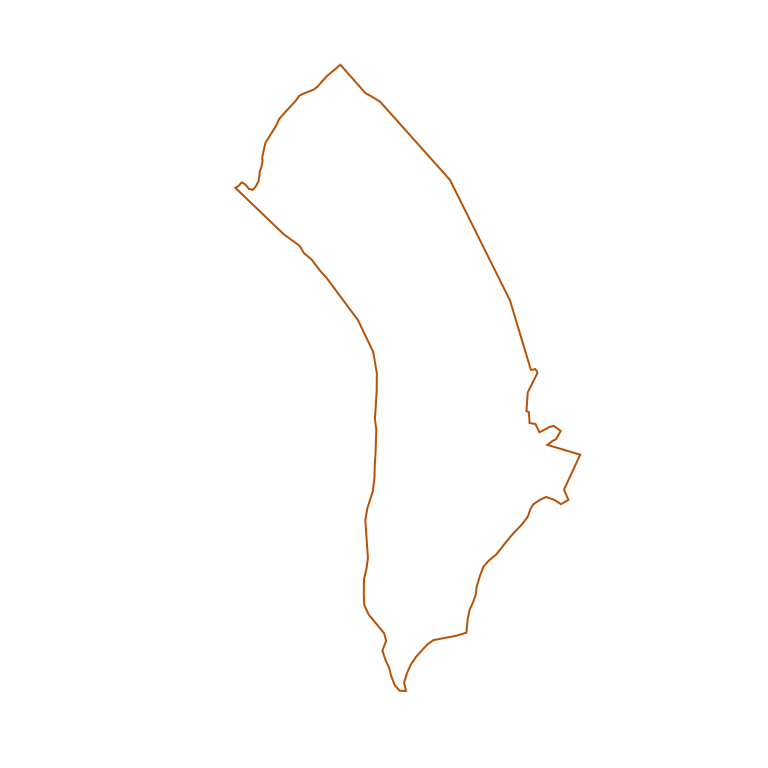 outline of Pontian, Johor, Malaysia, rotated 24°
{"feature_id": "92858781B61162443163986", "entity_name": "Pontian", "entity_type": "district", "adm_level": 2, "iso_a3": "MYS", "parent_name": "Malaysia", "parent_adm1": "Johor", "projection": "orthographic", "projection_center": [103.414, 1.514], "detail": "fine", "context": "isolated", "style": "outline", "palette": "amber", "viewbox_px": 768, "rotation_deg": 24, "n_neighbors": 0, "source": "geoboundaries", "source_scale": "gbopen_adm2", "svg_char_len": 1593}
<svg xmlns="http://www.w3.org/2000/svg" viewBox="0 0 768 768"><g transform="rotate(24 384 384)"><path d="M168.4,265.3L231.9,288.1L250.7,292.1L257.6,297.0L267.5,299.9L280.3,306.9L289.1,310.8L334.5,336.4L361.1,359.1L373.0,376.9L379.9,392.7L385.8,408.4L389.8,419.3L395.7,429.2L404.5,450.9L408.5,461.7L413.4,473.5L417.4,486.4L419.3,504.1L422.3,516.0L440.1,549.5L443.0,559.4L445.0,570.2L450.9,584.0L455.8,593.9L463.7,600.8L473.6,605.7L485.4,611.6L490.4,617.6L491.0,628.3L497.3,635.2L504.3,641.5L509.3,647.8L516.3,654.8L523.2,657.9L528.9,655.4L523.8,648.5L522.6,639.0L522.6,629.5L524.5,619.4L529.5,604.3L533.3,597.9L539.6,593.5L547.8,587.8L552.2,584.7L560.4,577.7L556.0,564.5L554.1,555.6L554.1,546.2L553.5,539.2L551.0,531.0L549.7,520.3L549.1,510.8L551.6,502.6L556.0,493.8L558.5,483.7L561.7,471.7L564.2,464.1L566.1,459.1L568.0,452.7L569.3,446.4L568.6,438.9L569.3,433.2L573.7,426.2L578.1,421.2L586.9,420.6L594.5,421.8L599.6,414.9L591.4,407.3L592.0,368.8L557.9,373.2L561.1,367.5L563.6,364.4L564.5,355.0L556.1,353.2L552.5,356.0L548.9,360.9L545.6,364.9L538.6,358.9L532.9,360.5L527.7,350.7L525.2,350.9L518.7,333.1L519.7,311.6L518.4,310.1L516.1,308.8L514.6,310.1L512.4,311.3L465.1,256.4L361.2,170.7L265.6,127.7L255.6,126.4L248.6,125.8L214.3,110.1L206.7,125.7L204.3,133.0L202.3,139.5L199.8,143.9L192.6,151.2L189.3,155.2L188.1,161.3L182.1,179.1L180.4,184.7L180.4,191.6L177.6,212.2L180.4,225.9L182.4,230.0L183.7,235.2L184.1,240.5L185.7,244.9L186.9,250.2L186.5,255.8L185.3,259.9L181.2,260.7L178.0,259.0L174.8,257.8L171.9,257.8L170.7,261.9L168.4,265.3Z" fill="none" stroke="#b45309" stroke-width="2"/></g></svg>